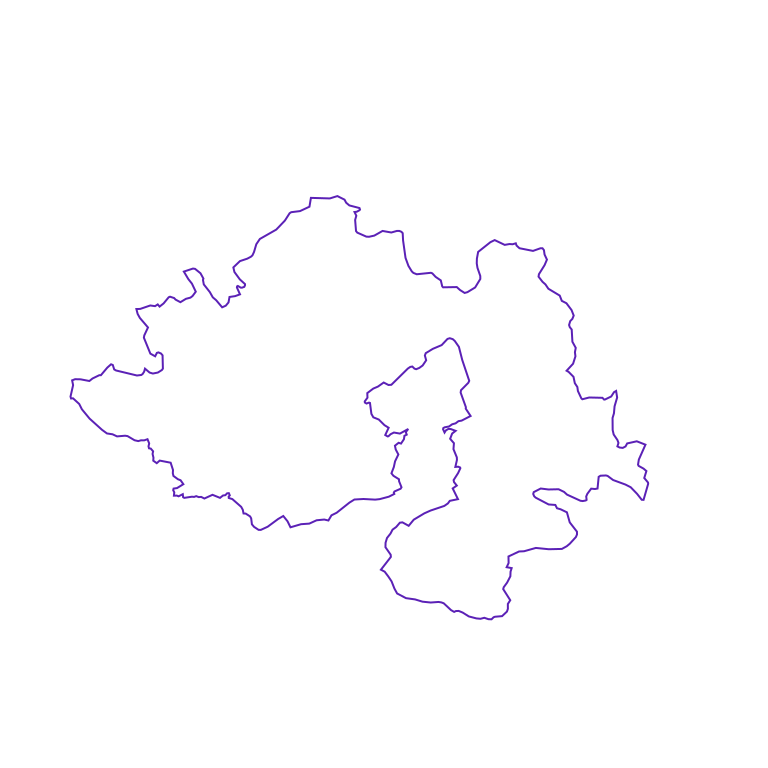 Vi Xuyen, Hà Giang, Vietnam, rotated 115°
{"feature_id": "81297802B6357673458882", "entity_name": "Vi Xuyen", "entity_type": "district", "adm_level": 2, "iso_a3": "VNM", "parent_name": "Vietnam", "parent_adm1": "Hà Giang", "projection": "robinson", "projection_center": [104.991, 22.763], "detail": "fine", "context": "isolated", "style": "outline", "palette": "violet", "viewbox_px": 768, "rotation_deg": 115, "n_neighbors": 0, "source": "geoboundaries", "source_scale": "gbopen_adm2", "svg_char_len": 6165}
<svg xmlns="http://www.w3.org/2000/svg" viewBox="0 0 768 768"><g transform="rotate(115 384 384)"><path d="M479.3,328.2L478.3,329.2L477.0,329.1L471.9,324.7L470.2,324.5L465.8,329.2L464.0,330.2L463.2,336.7L461.8,339.5L455.1,340.0L449.4,341.3L441.8,341.2L438.4,345.7L435.3,348.0L431.1,345.9L430.8,343.4L425.6,342.6L422.3,343.6L420.3,342.0L418.4,343.9L414.5,343.0L422.2,348.6L423.8,354.5L426.7,356.8L429.5,357.9L430.0,358.6L429.7,361.3L421.7,361.3L421.1,366.2L418.4,373.7L418.7,379.6L416.4,382.8L407.1,388.7L407.2,389.7L409.1,391.6L408.9,393.5L407.9,394.1L403.4,393.2L399.3,395.3L392.7,391.8L388.9,388.4L382.8,384.9L383.0,379.5L381.6,377.0L359.9,368.9L357.4,367.4L356.2,365.7L357.2,362.9L357.0,361.1L354.5,358.8L350.9,356.8L344.7,355.8L340.9,359.0L338.4,359.2L331.5,354.6L324.4,348.2L316.3,345.5L314.7,343.7L314.3,340.6L315.1,338.0L318.7,331.8L329.1,323.3L345.1,308.1L347.3,308.1L357.1,311.6L359.4,310.9L370.4,300.0L371.8,299.5L376.4,292.0L384.4,298.2L386.2,300.8L389.4,302.5L391.7,305.2L395.0,307.1L397.6,310.7L398.8,311.6L400.0,311.4L402.4,308.6L399.9,308.3L397.4,306.6L396.6,304.4L396.2,299.3L400.1,301.3L405.7,300.9L408.1,295.6L413.7,293.5L419.7,287.0L422.0,285.8L429.0,284.3L427.6,281.8L427.5,279.7L428.1,279.2L433.4,279.2L441.7,280.3L443.3,279.1L445.3,275.1L449.6,277.6L457.1,268.3L462.1,275.0L465.2,275.6L469.0,277.8L479.0,288.3L484.2,292.8L494.4,299.7L502.1,301.7L501.6,308.8L503.0,311.0L508.4,312.5L512.4,314.7L516.8,314.9L522.3,316.2L527.2,315.5L531.3,313.7L535.9,305.8L537.8,304.7L553.6,308.3L553.8,304.1L556.6,298.8L559.7,293.7L565.0,288.1L568.3,283.6L568.8,273.6L566.1,264.8L565.0,257.1L562.3,249.3L558.5,242.5L557.7,239.7L557.5,237.2L560.6,227.7L560.9,224.1L559.4,222.9L558.1,220.4L557.9,216.1L558.8,208.9L557.4,201.2L556.0,197.3L553.5,194.3L553.0,189.9L551.8,187.1L549.1,186.1L548.0,185.0L544.5,178.9L538.3,176.4L535.4,176.7L531.0,178.8L526.6,178.2L519.5,189.3L517.5,189.6L512.0,188.5L504.9,188.2L500.6,190.0L496.9,190.5L498.2,195.4L493.6,195.4L487.7,198.3L478.7,190.8L476.4,186.4L468.4,177.1L464.1,164.8L458.3,153.1L453.8,149.8L450.2,148.1L441.6,145.4L438.8,145.5L436.3,146.7L430.9,157.2L423.0,164.0L422.9,171.0L423.5,174.7L421.2,177.6L423.6,183.9L422.9,198.5L422.3,200.4L420.6,202.3L418.7,202.6L412.5,197.8L410.1,190.4L405.6,181.3L405.7,175.2L406.9,171.4L406.8,156.6L406.1,154.4L404.3,151.9L403.4,151.4L400.5,153.2L397.6,153.3L391.3,152.0L390.0,148.4L388.5,146.3L377.4,150.2L375.6,149.0L373.1,144.2L372.8,142.5L374.2,135.8L373.1,122.7L373.3,116.8L376.6,108.2L380.0,101.5L379.3,99.8L362.8,102.4L361.7,103.1L359.2,108.4L352.0,109.4L351.0,113.0L350.6,118.6L349.7,119.7L344.8,121.1L328.5,121.4L329.1,130.7L335.1,138.5L338.5,138.7L341.0,140.6L342.0,143.6L341.9,146.1L338.3,146.6L336.1,148.8L332.7,154.5L329.1,157.3L318.2,162.5L313.4,163.2L306.8,165.6L297.7,167.0L292.2,170.7L294.2,172.1L299.3,172.8L304.7,177.2L305.1,177.9L304.2,180.2L309.5,192.3L314.0,197.8L313.6,199.1L308.4,205.3L305.0,207.5L302.6,211.4L297.4,215.3L295.0,221.8L294.8,224.1L285.7,221.2L278.0,222.2L274.5,224.4L270.2,225.5L266.1,231.1L255.3,236.9L254.0,239.6L252.3,241.2L248.3,241.8L245.4,240.8L241.8,241.0L237.7,245.3L233.7,252.8L233.5,258.0L229.6,262.1L228.2,275.3L225.5,279.8L224.4,283.5L221.4,289.3L219.0,290.0L208.4,288.7L202.4,288.9L198.8,293.2L195.1,295.6L194.0,297.7L194.9,299.6L200.4,305.2L203.7,318.6L202.5,322.4L200.8,324.0L203.0,326.5L204.1,329.4L206.9,333.4L206.8,344.5L210.5,347.5L224.5,354.5L231.1,352.8L235.5,350.9L239.2,348.4L245.4,342.4L248.1,341.1L258.0,342.2L265.5,347.2L267.4,349.4L266.7,354.8L265.4,359.0L271.4,371.3L270.9,372.5L266.1,376.3L265.1,382.5L263.3,387.0L263.4,388.5L270.7,400.7L270.9,404.3L270.2,406.4L266.6,411.8L260.6,417.8L245.8,427.4L239.4,430.8L238.7,432.5L238.8,434.8L239.9,437.1L243.6,441.4L245.9,450.0L253.6,455.5L256.9,459.8L257.9,462.3L258.1,472.2L257.2,474.0L247.5,479.5L243.2,480.2L240.6,483.4L239.4,481.5L236.8,479.6L236.0,479.5L234.9,480.6L236.8,490.9L235.7,494.9L233.6,497.7L233.4,505.7L238.7,511.5L246.2,528.9L254.8,526.5L262.8,533.2L267.5,540.7L269.1,541.7L277.8,542.9L289.6,546.9L305.0,557.8L311.3,558.8L319.3,557.6L323.0,557.6L324.9,558.4L328.2,560.9L333.5,566.5L342.0,569.8L345.7,566.9L350.1,558.9L352.2,552.2L353.2,551.7L355.0,551.7L356.7,553.4L357.2,554.5L356.9,557.9L357.6,558.4L358.7,558.1L363.6,552.4L367.3,556.1L370.4,560.8L375.8,559.4L379.9,560.5L382.9,563.1L379.0,571.5L377.8,575.8L374.3,580.7L369.9,589.4L366.1,592.1L364.8,592.2L361.2,597.1L359.5,603.9L360.1,605.9L366.7,612.9L371.6,605.7L374.2,600.5L379.9,593.6L385.2,594.7L387.5,595.9L390.5,599.5L395.9,603.1L395.6,608.6L394.8,610.5L395.3,614.8L396.4,615.8L404.1,617.8L408.7,620.1L407.5,622.7L410.2,624.4L411.6,629.0L419.0,636.7L420.7,640.1L424.6,636.9L427.3,633.2L432.5,621.8L441.2,621.8L443.5,621.2L455.2,608.6L455.6,603.1L451.8,603.0L450.7,601.8L450.6,599.0L451.6,596.8L463.5,590.9L465.2,591.2L469.2,593.8L472.2,597.9L472.7,601.3L471.1,607.1L474.2,606.6L477.0,607.0L478.4,607.8L480.7,611.5L485.0,632.6L484.8,634.7L481.4,637.8L481.5,639.7L486.1,641.7L495.7,644.3L496.4,645.8L502.2,650.5L505.8,652.3L508.0,661.0L510.2,666.0L512.5,668.2L516.4,665.3L527.9,662.8L529.4,661.5L528.4,659.8L530.9,651.8L534.6,647.1L539.8,636.2L544.7,620.2L545.9,614.2L544.3,608.8L544.3,603.8L540.3,596.8L539.6,594.4L540.4,586.3L539.6,582.6L537.7,580.4L536.4,577.5L534.0,575.0L537.1,571.7L540.0,571.1L541.6,569.8L541.1,568.1L542.6,564.8L545.2,564.2L548.2,561.8L551.0,560.7L551.8,556.5L548.2,554.9L545.5,544.1L551.1,538.9L554.1,537.7L556.3,536.0L557.4,530.5L557.2,527.7L559.6,523.5L565.8,527.6L567.7,530.5L569.3,530.2L570.8,528.3L574.0,527.2L572.7,524.6L572.6,522.7L568.9,519.8L571.5,518.2L571.6,516.9L567.3,510.4L566.6,508.4L565.0,506.8L564.8,504.1L563.6,502.0L563.7,498.4L556.9,492.6L556.5,484.5L553.1,482.8L551.8,480.8L549.4,480.0L548.5,478.5L550.1,476.7L551.7,477.2L552.9,476.5L552.4,472.8L555.7,461.5L557.7,458.8L560.7,456.6L559.9,454.6L560.6,449.4L561.9,447.6L567.0,444.4L568.4,441.4L569.2,436.0L568.3,434.0L562.5,429.1L551.1,422.9L546.2,419.5L549.2,413.4L553.4,408.2L546.1,399.9L542.1,392.7L536.0,387.5L532.1,380.9L531.2,376.7L525.2,376.1L520.7,372.5L506.1,365.2L501.2,362.0L496.9,354.0L492.5,343.1L490.2,339.3L484.1,332.0L479.3,328.2Z" fill="none" stroke="#5b21b6" stroke-width="2"/></g></svg>